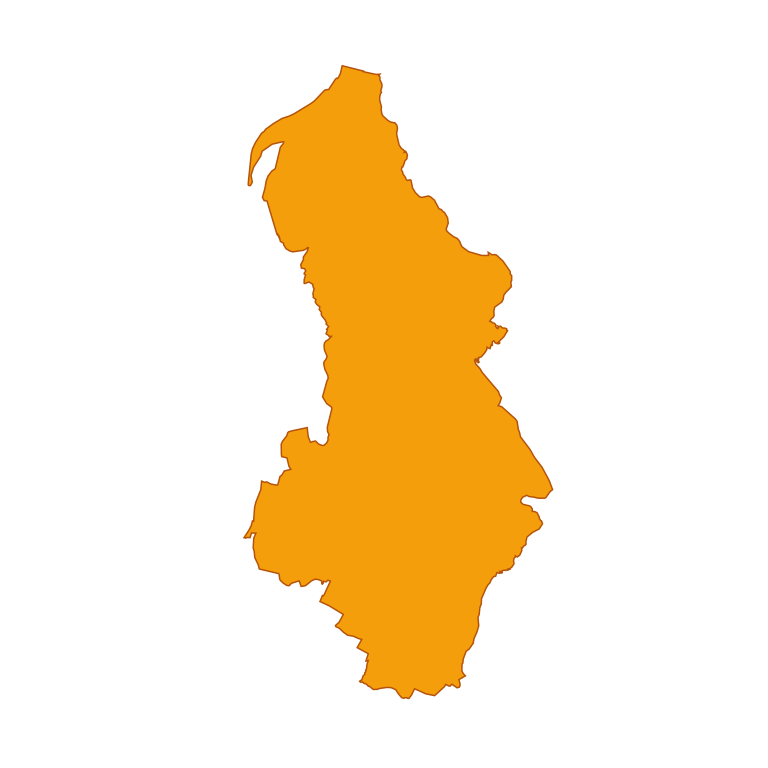 Izvoru Crisului, Cluj, Romania, rotated 286°
{"feature_id": "2599482B40318061707597", "entity_name": "Izvoru Crisului", "entity_type": "district", "adm_level": 2, "iso_a3": "ROU", "parent_name": "Romania", "parent_adm1": "Cluj", "projection": "mercator", "projection_center": [23.108, 46.847], "detail": "fine", "context": "isolated", "style": "filled", "palette": "amber", "viewbox_px": 768, "rotation_deg": 286, "n_neighbors": 0, "source": "geoboundaries", "source_scale": "gbopen_adm2", "svg_char_len": 6143}
<svg xmlns="http://www.w3.org/2000/svg" viewBox="0 0 768 768"><g transform="rotate(286 384 384)"><path d="M462.7,486.3L470.0,488.2L468.9,487.5L470.8,486.7L471.1,485.1L470.5,482.6L471.7,480.0L471.0,479.0L471.1,477.4L470.2,478.3L468.6,478.1L468.5,477.7L470.3,475.2L471.5,475.3L472.2,474.5L472.8,473.3L472.8,471.3L473.4,470.4L473.4,468.4L476.3,469.2L478.6,470.8L480.3,470.9L484.4,469.5L488.4,469.2L495.3,474.6L498.2,475.2L502.4,474.7L505.3,475.7L512.6,479.6L517.0,477.8L518.6,478.2L523.3,476.9L524.4,475.2L527.0,474.2L534.9,464.5L539.0,456.5L538.9,454.5L537.9,452.6L539.3,447.9L536.4,449.1L534.5,442.5L534.5,429.0L537.2,421.7L538.2,420.3L541.5,417.8L543.4,415.6L544.3,413.5L544.7,410.4L547.2,404.2L548.7,401.8L550.4,401.1L556.4,401.4L561.3,399.3L565.5,394.9L566.2,392.8L567.5,391.1L567.6,388.6L574.6,381.8L576.7,377.2L577.0,374.9L573.8,368.9L573.8,366.5L576.6,361.4L580.2,357.5L587.3,353.8L587.5,352.8L586.1,350.4L586.6,349.2L589.2,346.9L591.1,344.3L592.8,343.6L594.7,341.6L597.3,341.5L597.9,341.7L597.9,342.2L600.1,342.5L604.3,342.6L606.8,343.9L610.8,343.3L613.1,341.2L612.4,339.8L613.6,340.4L613.8,338.9L614.6,337.9L614.9,336.3L617.8,332.7L627.7,327.2L633.7,326.4L636.4,324.9L638.1,322.4L637.6,318.8L638.3,315.3L641.5,308.9L643.1,307.5L646.7,305.7L649.6,305.2L655.9,301.5L659.2,300.7L662.2,300.6L663.5,301.2L665.0,300.1L669.0,300.1L671.6,299.4L675.5,296.1L678.0,295.5L679.0,293.9L680.7,294.7L679.4,291.1L678.7,281.3L678.6,278.0L679.1,278.1L678.4,256.1L670.7,256.5L666.9,255.9L664.9,255.2L664.9,254.1L663.6,253.3L651.8,249.6L651.0,247.3L649.8,245.8L636.9,239.1L633.1,236.1L618.9,223.0L615.3,218.9L611.1,212.7L603.7,205.8L596.2,200.0L593.7,199.1L591.4,197.2L580.8,193.9L574.2,192.8L568.9,192.9L541.0,197.9L538.0,198.6L537.5,199.4L538.0,200.9L541.7,201.8L547.8,198.7L556.5,198.9L568.8,202.6L574.2,202.7L583.7,210.4L589.0,219.9L589.0,220.9L587.1,220.8L583.2,219.1L561.0,220.1L557.8,217.5L552.0,215.2L546.5,214.8L539.6,215.6L529.9,215.7L527.2,218.3L527.7,221.1L499.2,239.3L497.3,240.9L499.6,239.9L496.5,242.3L497.3,242.2L497.0,242.6L492.5,245.1L491.7,248.5L489.9,249.4L487.1,252.5L485.9,256.6L485.9,259.9L490.2,269.5L492.1,271.7L494.1,272.9L494.2,273.7L490.2,273.6L483.9,271.5L481.3,272.2L475.8,271.1L472.6,272.7L473.0,275.9L471.0,277.6L468.4,276.7L467.8,277.0L467.3,278.5L462.4,278.5L458.9,279.4L458.7,280.2L461.4,283.7L460.2,287.9L457.2,289.5L456.4,290.5L450.9,290.8L449.0,292.0L447.8,292.0L446.4,295.2L443.9,295.3L442.0,297.4L440.4,301.1L437.7,301.2L435.7,304.1L433.7,304.4L432.2,305.7L429.5,309.6L426.9,312.0L425.8,311.7L423.9,315.0L420.7,313.7L420.2,314.8L416.3,314.4L415.4,317.3L414.6,318.1L415.3,320.3L411.0,318.1L409.4,316.4L406.8,315.5L404.3,315.8L400.2,317.4L394.9,321.7L392.0,321.5L388.9,320.3L387.0,320.4L382.0,323.0L376.9,327.5L374.2,328.8L370.7,328.3L354.7,328.5L349.4,334.3L347.3,340.0L345.6,340.7L326.9,341.4L322.6,342.9L320.4,345.0L317.2,344.9L314.5,345.7L311.5,345.1L308.4,343.1L307.9,341.6L308.2,337.8L310.3,333.9L309.1,331.4L307.8,329.8L307.8,329.2L312.6,325.6L320.9,322.2L314.6,310.3L312.0,305.8L311.0,305.0L307.1,304.7L300.9,302.2L297.7,301.8L287.6,304.9L286.0,305.7L286.2,311.1L278.7,315.3L276.3,318.0L272.9,312.1L268.5,311.0L266.4,309.5L258.7,309.7L257.2,309.1L256.7,302.8L257.6,298.2L256.6,296.7L256.9,293.1L248.6,294.7L235.1,293.4L229.8,293.6L216.1,296.5L216.1,295.3L211.3,295.4L206.4,294.5L197.7,291.8L197.7,293.3L198.8,295.0L199.4,297.6L204.3,297.7L205.3,302.0L199.9,301.3L190.4,303.4L187.5,305.3L181.6,307.6L175.6,312.9L171.8,315.1L172.7,334.9L172.2,335.6L167.7,337.5L166.6,338.6L164.9,341.9L163.6,346.0L163.9,348.3L167.0,350.1L171.4,356.7L166.6,360.1L167.7,362.7L168.7,364.3L174.9,368.6L177.5,371.8L177.9,375.0L177.6,377.7L176.7,378.8L174.9,379.2L174.6,379.9L175.8,380.5L177.7,380.1L177.8,382.9L179.9,384.1L179.7,386.8L165.4,384.6L163.8,384.2L163.7,383.1L157.2,382.4L155.7,392.3L151.3,408.4L142.6,406.5L138.5,403.9L137.5,404.6L136.9,408.4L134.2,413.5L132.5,418.2L133.1,424.1L132.3,429.8L132.3,433.0L123.2,430.9L120.4,443.2L112.7,443.0L113.8,445.1L110.3,444.9L105.0,445.7L103.9,445.2L102.7,445.8L101.0,445.1L99.9,445.6L97.7,444.4L93.2,444.2L92.4,442.9L91.3,442.6L90.9,444.1L91.6,445.8L90.8,447.0L90.7,449.7L89.2,452.2L89.3,453.6L87.4,457.8L88.6,461.6L90.3,464.1L93.2,470.6L94.1,474.6L93.4,479.5L90.2,483.2L87.4,487.4L87.3,489.6L87.9,489.9L88.7,492.1L88.4,493.1L88.6,494.6L92.3,496.1L99.5,497.4L97.7,509.5L98.4,518.6L109.7,525.5L112.2,526.1L111.6,529.5L111.8,530.8L114.1,532.0L112.1,538.0L113.3,539.9L114.8,540.2L116.8,539.7L120.5,537.5L125.9,542.7L127.5,540.0L129.7,537.9L136.4,536.2L137.4,536.7L141.4,536.0L149.7,536.6L152.6,538.9L159.4,541.2L163.8,540.7L171.2,541.7L177.7,541.7L185.5,538.7L188.8,539.0L195.3,537.8L199.5,538.1L204.5,536.9L216.2,538.4L220.2,539.5L221.4,540.4L226.1,541.2L229.2,542.6L230.0,544.3L233.8,544.5L233.9,547.2L234.7,547.0L234.6,548.7L235.3,548.6L235.1,550.3L235.9,548.1L236.1,549.3L236.8,548.9L238.1,550.5L238.3,552.5L239.9,553.9L239.2,554.2L240.2,555.5L240.2,554.7L240.6,554.7L241.2,555.8L243.1,557.3L247.0,558.5L250.3,557.1L252.2,557.1L254.2,558.0L255.0,557.7L254.4,559.7L256.7,561.6L261.9,562.4L264.3,561.4L264.5,562.2L266.9,563.0L267.9,564.2L269.1,564.7L271.4,563.9L276.3,563.6L282.4,567.8L287.5,573.2L293.4,574.9L295.8,573.1L295.8,572.4L297.6,570.4L299.2,569.7L302.5,566.5L302.9,563.7L302.4,561.7L304.9,560.9L306.4,559.2L307.0,557.3L306.6,551.1L308.0,548.1L310.0,547.5L313.3,548.4L316.4,552.0L315.8,554.2L316.6,559.9L316.6,562.5L317.4,566.3L318.1,567.9L318.1,569.1L319.2,570.8L326.5,573.4L328.9,575.2L336.6,569.5L347.4,559.0L355.0,548.8L361.4,542.3L370.8,529.8L375.0,527.5L377.3,525.7L384.7,522.3L386.5,520.1L394.6,503.4L394.6,499.7L397.5,500.5L403.1,500.7L405.1,498.3L408.3,496.0L422.1,475.3L425.2,472.0L428.6,466.6L431.2,464.8L432.5,464.6L433.2,465.1L431.8,466.3L431.6,467.2L430.8,467.4L431.2,468.3L430.5,468.7L431.3,469.4L431.9,468.7L431.9,467.5L432.6,467.1L433.0,467.9L433.8,466.9L434.4,468.2L435.4,467.5L436.9,470.0L441.3,472.1L445.3,473.3L447.7,472.9L447.2,476.2L451.3,476.3L450.9,477.2L451.2,477.5L454.0,476.5L455.5,477.2L455.7,478.0L454.3,479.3L454.1,480.0L454.0,482.4L454.9,483.8L455.4,483.9L455.3,482.2L462.7,486.3Z" fill="#f59e0b" stroke="#b45309" stroke-width="1.5"/></g></svg>